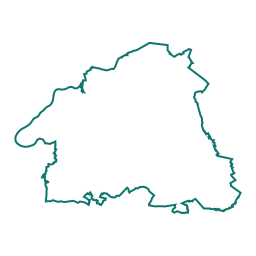 Bronckhorst, Gelderland, Netherlands
{"feature_id": "6326949B84146286859496", "entity_name": "Bronckhorst", "entity_type": "district", "adm_level": 2, "iso_a3": "NLD", "parent_name": "Netherlands", "parent_adm1": "Gelderland", "projection": "albers", "projection_center": [6.301, 52.053], "detail": "fine", "context": "isolated", "style": "outline", "palette": "teal", "viewbox_px": 256, "rotation_deg": 0, "n_neighbors": 0, "source": "geoboundaries", "source_scale": "gbopen_adm2", "svg_char_len": 5727}
<svg xmlns="http://www.w3.org/2000/svg" viewBox="0 0 256 256"><path d="M31.8,121.5L30.5,123.3L29.0,124.6L26.9,126.2L21.4,129.2L19.6,130.8L17.8,132.7L16.7,134.4L15.9,136.0L15.5,137.2L15.4,138.7L15.4,139.6L16.0,141.8L16.7,142.8L17.5,143.7L20.2,145.5L23.1,146.5L25.9,146.8L29.5,146.3L33.7,144.7L35.4,143.2L36.7,140.8L37.4,139.8L38.4,139.1L39.5,138.7L41.4,138.9L43.0,139.7L44.1,141.1L45.1,143.4L46.2,143.2L47.9,143.6L50.1,143.9L51.5,143.1L53.3,142.6L55.3,141.5L55.5,145.1L55.3,145.1L55.0,149.2L56.2,149.4L55.4,151.1L53.8,153.1L55.2,153.5L54.7,155.3L56.1,155.6L54.6,158.2L54.9,158.5L56.3,159.3L56.3,160.6L55.9,160.5L55.9,161.7L53.7,162.4L54.0,163.3L52.3,164.2L50.3,164.5L48.4,163.9L48.3,164.5L48.6,166.5L46.4,167.1L46.5,167.7L46.4,168.6L46.5,170.6L46.0,170.5L45.5,173.9L45.2,174.4L44.9,174.2L44.8,174.9L43.6,174.5L41.9,177.4L41.9,177.6L42.1,177.6L44.2,176.7L44.9,177.0L45.1,177.2L45.1,177.6L44.7,179.1L45.1,180.3L45.4,180.5L45.2,181.2L47.5,181.3L48.3,182.0L48.2,182.2L46.8,182.5L46.6,182.8L45.6,183.1L45.4,184.8L46.0,186.3L45.9,186.8L46.8,187.7L46.8,188.2L46.6,189.4L46.4,196.8L46.2,197.4L46.0,199.9L45.9,200.0L45.9,201.5L47.2,201.2L50.8,201.2L52.8,200.2L57.5,201.7L59.3,201.8L60.2,201.3L61.1,201.3L63.2,201.9L64.7,202.0L73.5,200.8L77.5,202.7L78.6,202.6L79.7,201.6L81.4,201.7L85.4,202.7L85.8,202.8L87.2,204.0L88.7,204.9L88.8,204.6L88.4,204.3L89.5,202.4L88.9,202.0L89.9,200.0L88.5,199.8L85.6,197.6L84.1,196.9L84.4,196.7L85.1,195.2L87.7,193.2L88.0,193.9L89.9,194.7L90.4,194.5L90.2,193.3L90.4,193.1L90.1,192.6L90.3,192.4L91.7,195.1L92.4,196.0L91.6,197.1L91.4,197.6L92.0,198.8L92.9,199.1L93.0,199.8L93.2,200.0L94.1,199.8L95.5,200.5L96.1,200.4L96.6,200.0L97.2,200.4L97.8,200.8L97.9,201.2L97.1,202.1L96.8,203.1L96.9,203.4L97.7,203.2L98.4,203.7L99.4,203.7L99.9,204.1L100.1,204.8L101.0,205.1L103.0,202.0L103.0,201.1L103.9,200.4L105.4,200.1L105.5,199.7L105.3,199.1L105.7,198.5L100.4,197.2L99.9,197.0L101.6,193.7L102.5,194.3L103.6,193.5L103.5,193.2L103.9,193.0L106.5,193.7L107.0,193.6L107.4,194.2L108.9,195.2L108.9,195.5L109.4,195.7L109.8,196.3L111.7,197.3L112.9,197.1L113.8,197.6L115.0,197.4L115.8,196.9L116.0,196.2L116.4,195.8L117.8,195.7L119.1,196.1L127.1,187.7L128.3,188.8L128.6,190.7L129.4,192.6L131.0,191.2L134.5,189.5L135.9,188.0L137.4,188.4L138.6,188.0L139.8,187.0L143.9,186.8L146.0,187.6L148.4,189.2L149.3,191.3L154.1,195.4L152.0,198.2L151.2,200.7L149.8,202.7L149.2,203.8L149.5,204.0L149.0,204.7L149.1,205.0L149.1,205.4L155.2,206.4L159.0,206.2L165.1,206.4L175.3,204.8L174.8,205.6L174.9,206.6L175.2,207.5L173.0,209.3L172.4,211.3L172.6,211.7L174.3,212.6L177.5,211.2L178.7,211.7L179.5,212.3L180.6,212.4L181.1,212.8L182.4,213.1L182.8,212.7L184.4,213.1L185.8,212.3L186.5,212.7L187.9,212.8L188.1,212.1L187.8,211.9L187.9,211.2L188.2,210.3L187.3,209.4L187.5,208.9L187.1,208.7L187.4,207.2L187.0,207.2L187.0,206.8L187.3,206.7L186.6,204.9L185.1,204.9L182.0,203.3L187.9,200.8L189.0,201.6L189.7,200.8L190.3,201.3L191.2,200.9L192.5,201.4L193.3,200.0L195.4,198.9L203.8,208.4L209.2,208.6L209.7,208.4L210.3,208.6L210.5,209.0L212.5,209.2L213.9,208.8L215.4,208.9L215.3,210.0L216.7,210.3L217.1,209.3L218.0,209.5L218.2,208.9L219.4,209.3L219.4,210.2L221.0,210.6L222.0,210.6L223.1,211.3L224.5,210.6L224.2,210.2L225.9,209.2L226.7,209.3L229.0,208.5L229.1,207.9L230.1,208.1L230.8,207.8L231.4,206.6L231.9,206.7L231.6,206.3L231.8,205.8L232.9,205.8L232.5,204.8L233.1,204.4L235.1,203.9L235.2,203.2L235.8,202.7L235.2,202.3L236.3,199.9L238.0,197.2L238.4,197.4L240.6,192.8L230.9,185.8L230.9,184.5L230.4,183.2L235.5,180.1L231.5,175.8L231.0,174.7L234.3,173.2L233.1,171.5L232.7,170.1L232.0,168.8L232.0,167.7L232.5,167.5L231.0,166.3L231.8,165.5L231.2,165.0L232.1,163.9L231.4,163.5L231.6,163.3L230.5,162.6L230.3,162.1L230.4,161.8L232.2,159.1L217.6,155.9L216.7,155.3L216.6,155.1L217.3,154.9L217.1,154.3L218.5,153.7L216.1,150.2L215.6,150.5L213.8,145.8L215.3,146.1L214.3,143.8L214.6,142.9L212.8,142.2L213.9,140.3L211.4,139.7L210.5,137.6L208.9,138.4L208.4,136.8L209.6,136.0L208.1,133.3L206.3,134.4L205.3,133.3L205.6,133.0L205.4,132.7L205.5,132.6L205.1,132.1L203.8,130.3L203.5,130.6L203.0,129.4L201.9,125.4L202.0,124.2L202.4,123.0L202.2,123.0L201.9,118.2L200.4,115.1L197.4,104.1L197.8,103.9L196.8,102.4L195.5,101.6L195.6,100.0L194.8,98.7L194.7,98.6L194.8,98.5L194.0,96.9L195.1,94.5L194.9,93.5L195.3,92.8L196.8,91.9L200.8,91.2L201.5,91.6L202.0,92.4L205.2,89.0L205.3,88.6L207.7,85.0L207.8,84.4L208.5,83.8L205.0,80.2L188.4,67.6L189.4,66.3L189.7,66.3L189.6,66.0L191.5,63.5L191.4,63.2L192.7,63.0L191.2,61.2L188.8,56.9L188.6,56.9L191.1,49.8L190.3,49.5L189.0,49.1L185.7,50.9L183.3,52.0L183.2,52.6L183.5,53.3L181.3,54.5L180.8,54.7L180.3,53.8L179.8,53.7L176.9,55.0L174.4,56.8L172.1,55.4L170.3,54.0L169.8,53.8L170.4,53.3L167.6,50.3L167.6,45.1L149.5,42.9L136.6,50.2L133.5,50.8L133.5,51.0L131.1,52.0L128.3,52.7L128.4,52.9L128.1,53.4L126.6,54.2L127.2,55.2L125.0,55.1L122.5,56.5L122.1,57.3L121.6,57.0L118.2,58.9L118.1,59.6L116.7,62.5L115.3,66.6L113.5,69.0L111.5,68.9L108.5,70.0L106.0,70.4L104.3,69.8L102.1,69.5L98.2,68.1L96.5,68.1L95.3,67.7L93.8,67.5L92.6,66.9L92.1,67.9L91.3,67.5L90.0,69.6L90.4,69.9L87.7,71.2L86.9,71.3L86.4,73.8L85.3,73.7L84.1,74.0L85.6,78.8L85.6,79.6L85.6,80.6L84.7,80.4L82.9,80.4L82.8,83.4L82.7,83.5L82.3,87.0L82.3,88.2L82.7,89.8L83.8,92.0L83.2,91.7L82.9,91.1L82.4,92.0L81.6,91.1L81.8,90.8L81.6,90.4L81.9,90.0L82.0,88.3L81.9,88.0L80.8,87.4L80.9,86.2L81.7,85.7L82.3,84.5L81.9,82.9L81.5,82.8L80.9,84.2L79.9,85.8L77.8,87.8L76.9,88.3L76.1,88.4L74.7,88.3L72.3,87.1L70.4,86.9L69.1,87.2L65.8,88.9L64.0,89.4L61.3,89.6L58.5,89.1L56.5,89.6L55.2,90.8L54.4,92.2L53.7,94.8L52.8,100.7L52.3,102.0L50.8,104.5L49.6,105.6L46.9,106.9L45.5,108.0L43.7,110.2L40.3,112.8L38.9,115.3L38.3,116.0L37.0,117.0L34.1,118.4L33.1,119.4L31.8,121.5Z" fill="none" stroke="#0f766e" stroke-width="2"/></svg>